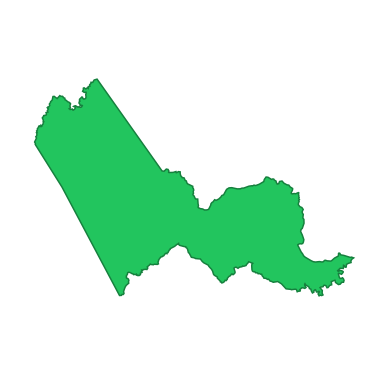 Ricaurte, Nariño, Colombia, rotated 75°
{"feature_id": "7082276B47092068992796", "entity_name": "Ricaurte", "entity_type": "district", "adm_level": 2, "iso_a3": "COL", "parent_name": "Colombia", "parent_adm1": "Nariño", "projection": "albers", "projection_center": [-77.964, 1.247], "detail": "fine", "context": "isolated", "style": "filled", "palette": "green", "viewbox_px": 384, "rotation_deg": 75, "n_neighbors": 0, "source": "geoboundaries", "source_scale": "gbopen_adm2", "svg_char_len": 5936}
<svg xmlns="http://www.w3.org/2000/svg" viewBox="0 0 384 384"><g transform="rotate(75 192 192)"><path d="M273.2,288.8L273.6,286.9L272.8,286.1L273.2,285.0L272.5,284.0L270.3,283.8L266.8,281.4L265.2,279.8L263.7,276.7L262.3,276.6L261.2,275.9L259.9,275.9L259.1,276.3L258.3,277.5L257.7,277.6L257.2,277.2L256.2,277.3L254.8,275.7L253.3,275.0L253.1,274.0L253.8,272.6L255.4,271.0L255.6,270.3L256.7,269.8L256.8,268.4L257.3,267.7L257.0,267.0L258.1,266.9L258.2,266.0L258.8,265.8L258.7,265.3L259.0,264.7L258.5,263.2L257.1,262.9L256.7,261.1L255.8,261.5L255.5,260.9L254.4,260.8L255.0,260.0L254.3,259.3L254.6,257.1L255.2,255.6L254.0,254.4L252.7,254.6L251.5,251.9L250.8,251.0L251.4,250.4L252.3,248.1L252.0,247.2L253.0,244.1L252.7,243.0L250.8,243.0L249.8,242.0L249.0,241.9L246.7,238.9L246.8,237.7L246.3,236.7L246.4,236.0L244.5,233.6L244.5,232.9L245.1,232.2L244.5,231.9L244.3,230.9L242.3,229.1L241.8,228.0L241.1,227.7L240.0,222.8L238.5,219.6L238.8,219.1L238.3,218.3L239.3,218.4L240.3,217.8L242.8,213.5L243.2,212.2L244.1,212.2L244.8,211.5L246.3,211.1L249.6,211.2L250.5,210.5L254.9,209.5L256.2,206.8L257.2,205.8L258.9,201.2L261.3,200.3L263.3,199.1L266.8,195.3L268.3,194.9L271.8,193.1L273.8,192.6L277.0,192.5L278.2,192.0L280.7,189.5L281.8,189.8L285.1,187.9L286.3,187.8L286.5,187.0L287.5,186.8L287.6,185.8L287.0,184.0L285.8,182.8L286.4,181.9L285.4,180.5L284.7,180.3L284.0,179.5L283.1,178.1L282.8,176.6L281.5,175.1L281.6,174.4L282.1,174.3L282.5,173.7L281.7,171.9L280.6,171.1L276.6,171.2L276.1,170.8L275.9,169.0L277.6,167.3L276.9,165.7L277.1,163.0L276.6,162.4L277.1,161.2L277.0,158.8L276.1,158.1L275.3,156.6L274.0,155.3L276.6,151.8L277.2,152.8L278.7,153.4L282.6,154.2L284.0,154.1L284.9,153.4L285.2,152.0L286.4,151.6L287.1,149.6L288.1,149.3L288.3,147.9L289.3,146.8L289.4,146.0L291.1,145.9L292.3,145.2L293.8,144.9L294.8,142.5L295.9,141.9L296.0,140.6L298.3,139.6L298.8,138.5L300.2,136.9L300.7,132.3L303.9,129.3L309.9,126.2L311.6,121.8L312.1,121.3L312.6,117.4L313.2,116.4L315.6,116.2L315.4,114.7L315.7,113.3L315.2,112.9L314.2,113.2L313.0,110.7L313.3,109.5L314.3,108.0L313.8,106.6L311.6,107.3L310.2,107.0L309.8,106.6L311.2,106.2L313.6,103.9L314.7,103.5L315.7,103.6L316.5,102.4L318.7,102.3L320.7,101.8L320.3,100.2L318.9,99.8L318.2,98.4L318.4,98.0L320.8,97.6L321.1,96.7L320.7,95.2L321.0,94.7L321.6,94.8L323.1,96.6L325.2,96.1L324.8,94.9L325.6,93.5L325.3,92.1L323.4,92.5L320.9,91.6L317.5,93.1L317.2,92.1L317.4,89.9L316.3,89.0L316.3,88.2L317.2,86.8L319.4,86.4L319.5,85.3L317.9,83.2L317.8,81.1L314.6,80.6L314.2,76.9L314.3,76.6L316.5,76.8L319.3,74.5L319.4,72.7L318.0,70.7L318.4,69.0L316.7,68.0L315.0,68.2L313.8,68.8L314.1,70.5L313.7,71.3L312.4,71.8L308.8,71.8L308.5,71.6L308.6,71.1L310.2,68.8L308.7,66.8L308.0,66.6L307.0,67.5L306.1,69.1L306.5,71.3L305.7,71.7L304.0,68.6L305.0,65.7L302.0,64.6L302.5,64.0L304.3,63.6L304.4,62.5L301.9,61.5L301.4,59.5L301.3,56.6L299.7,56.4L298.3,55.0L297.5,52.9L296.2,54.7L296.1,56.1L292.5,61.8L291.5,64.0L291.0,64.8L289.6,65.0L289.0,65.8L289.5,66.5L290.9,66.8L291.8,67.5L292.7,71.4L294.5,75.0L294.6,76.0L293.5,79.2L292.5,80.7L292.4,81.7L293.3,83.2L293.3,84.5L292.2,86.9L291.6,90.9L290.7,92.9L289.2,94.7L284.3,99.5L282.5,100.7L280.3,101.2L278.1,102.1L270.8,103.6L270.3,103.5L269.8,101.3L270.5,99.7L270.4,98.4L269.1,97.3L267.0,96.3L262.1,96.6L258.3,97.3L256.4,96.3L255.7,94.9L251.2,91.9L247.4,91.0L246.0,91.6L245.1,91.4L242.4,90.3L241.0,90.8L239.7,90.8L237.6,89.1L235.4,89.9L234.2,91.5L231.8,92.6L230.3,92.1L228.9,91.0L227.8,91.2L227.2,90.2L225.8,90.6L225.0,89.9L224.3,90.1L222.8,89.7L222.2,89.9L220.4,89.1L220.1,89.4L220.5,92.5L219.9,93.7L219.8,95.5L219.3,96.4L218.5,96.4L215.9,94.3L214.6,93.9L212.5,95.9L210.4,96.7L209.6,98.5L207.3,100.9L204.7,102.2L204.5,104.7L206.4,106.1L206.4,107.6L204.5,108.1L203.2,108.0L201.9,109.3L200.7,109.7L200.3,110.6L200.4,112.0L197.4,114.8L196.7,116.6L198.6,118.9L200.5,120.0L201.9,125.0L202.2,128.2L202.1,129.3L201.4,130.3L201.8,132.0L201.5,132.4L201.1,135.4L201.6,141.1L201.2,142.7L201.4,144.7L200.7,147.4L198.1,152.5L197.6,155.2L198.4,157.9L202.9,162.2L203.1,164.1L204.3,165.4L205.7,168.0L206.3,170.9L205.3,172.1L207.0,174.3L207.3,175.4L208.1,176.6L209.8,177.5L213.1,180.5L213.1,182.6L212.6,184.6L211.2,186.0L210.2,188.3L208.8,189.9L208.1,190.1L206.9,189.3L204.9,189.2L200.3,188.3L199.7,190.2L199.1,190.6L196.5,191.0L194.9,191.8L194.2,191.6L193.7,190.9L191.8,190.7L190.6,189.8L188.9,189.8L188.1,190.2L186.7,189.8L183.0,194.1L181.8,194.6L179.9,194.6L179.0,195.6L176.3,196.0L175.6,197.8L174.5,198.0L173.4,198.7L171.0,198.6L169.5,198.2L168.8,199.8L169.4,201.9L169.3,202.2L168.1,202.2L168.2,205.1L167.2,209.3L167.0,209.5L165.6,208.9L164.0,209.3L163.2,210.9L164.7,213.6L163.9,215.5L58.4,254.5L58.5,257.5L60.4,259.5L59.9,261.2L61.0,261.6L61.9,263.1L63.4,263.2L63.3,264.9L65.1,265.4L64.3,266.2L65.0,267.9L63.4,269.3L63.6,270.1L65.2,270.5L66.4,271.6L67.9,270.3L68.2,268.5L68.9,268.5L70.3,269.4L73.0,269.8L74.1,270.6L74.4,272.3L73.2,273.3L72.2,273.2L71.7,273.7L73.3,276.6L74.3,277.0L75.2,276.7L75.9,277.8L77.1,278.1L78.3,277.5L79.5,277.7L79.7,276.0L80.2,275.6L81.3,276.7L81.3,278.0L80.4,279.3L80.6,280.1L78.6,282.1L78.5,283.3L78.7,284.2L79.7,283.1L80.5,282.8L81.6,283.9L82.2,285.5L82.0,285.9L80.9,286.1L80.8,288.4L79.8,289.1L79.5,288.1L78.9,287.6L77.3,287.7L75.5,286.5L74.8,286.5L74.7,287.1L73.5,287.5L72.5,288.9L71.2,289.5L70.1,290.7L68.4,290.6L67.6,291.8L66.4,292.0L65.9,292.6L65.7,293.9L64.7,294.7L66.8,298.1L63.9,300.4L63.8,301.6L67.1,303.3L68.1,305.2L68.8,305.4L70.1,307.0L71.7,307.0L72.6,308.2L72.6,309.1L73.5,309.1L73.3,309.9L75.0,309.5L76.0,310.7L77.5,310.5L77.5,312.4L79.1,312.4L79.9,312.9L79.8,315.5L80.7,315.9L81.3,317.2L82.1,317.4L84.1,317.0L85.3,317.5L85.8,317.0L86.7,317.9L87.8,318.2L88.5,319.3L89.5,319.9L89.7,320.5L88.6,320.8L89.5,321.5L89.5,321.9L88.6,322.3L88.7,322.9L90.1,323.9L90.7,324.9L92.3,325.4L92.8,326.3L94.2,326.1L94.4,326.9L95.6,326.7L97.4,327.4L98.2,328.6L99.6,328.2L103.0,331.1L104.6,330.7L105.5,331.1L153.6,316.3L273.2,288.8Z" fill="#22c55e" stroke="#15803d" stroke-width="1.5"/></g></svg>